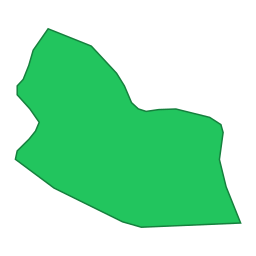 SVG path tracing the border of Oplotnica
{"feature_id": "SVN-226", "entity_name": "Oplotnica", "entity_type": "Municipality", "adm_level": 1, "iso_a3": "SVN", "parent_name": "Slovenia", "parent_adm1": "", "projection": "robinson", "projection_center": [15.447, 46.391], "detail": "fine", "context": "isolated", "style": "filled", "palette": "green", "viewbox_px": 256, "rotation_deg": 0, "n_neighbors": 0, "source": "natural_earth", "source_scale": "10m", "svg_char_len": 469}
<svg xmlns="http://www.w3.org/2000/svg" viewBox="0 0 256 256"><path d="M141.3,227.2L122.5,221.8L54.1,188.1L15.4,159.3L17.2,150.9L29.1,139.1L35.5,131.1L39.2,122.3L29.9,108.9L17.2,94.8L17.2,85.9L23.2,79.4L28.8,65.4L33.2,50.2L48.1,28.8L91.3,46.1L116.6,73.3L124.4,85.9L131.5,102.6L138.3,108.9L146.1,111.4L158.7,109.6L175.9,109.0L209.7,117.4L220.9,124.6L223.1,132.5L219.4,159.5L226.1,186.8L240.6,223.0L141.3,227.2Z" fill="#22c55e" stroke="#15803d" stroke-width="1.5"/></svg>